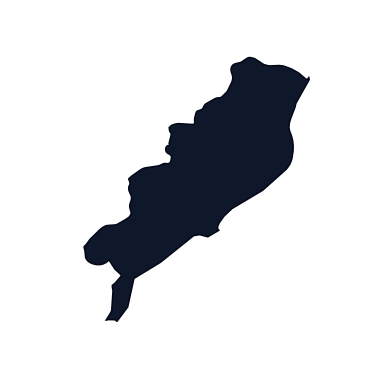 SVG path tracing the border of Western Darfur, rotated 20°
{"feature_id": "SDN-5858", "entity_name": "Western Darfur", "entity_type": "State", "adm_level": 1, "iso_a3": "SDN", "parent_name": "Sudan", "parent_adm1": "", "projection": "robinson", "projection_center": [22.739, 13.89], "detail": "fine", "context": "isolated", "style": "filled", "palette": "ink", "viewbox_px": 384, "rotation_deg": 20, "n_neighbors": 0, "source": "natural_earth", "source_scale": "10m", "svg_char_len": 2185}
<svg xmlns="http://www.w3.org/2000/svg" viewBox="0 0 384 384"><g transform="rotate(20 192 192)"><path d="M261.8,46.9L262.6,44.5L263.7,46.3L259.3,73.1L259.8,77.1L259.6,89.2L259.9,94.0L261.1,98.4L262.7,101.0L266.3,105.3L268.9,109.1L271.1,113.5L272.9,118.7L274.4,125.9L274.6,129.4L274.4,132.5L273.8,135.2L272.8,138.3L257.9,166.1L235.3,193.8L230.3,203.8L228.1,211.8L227.9,215.7L228.8,218.1L230.3,218.8L222.2,228.7L213.7,229.5L208.5,232.4L186.5,268.7L167.0,293.1L170.9,322.0L166.0,338.3L165.7,337.9L165.1,339.1L164.1,338.4L161.4,339.0L156.8,340.6L156.0,341.3L155.6,341.5L155.1,341.7L157.0,332.9L157.0,331.9L157.0,330.9L156.8,329.9L151.6,312.0L149.3,307.9L149.1,306.9L150.8,304.2L154.3,295.0L153.3,293.9L146.1,290.9L137.3,284.3L135.3,287.7L133.0,290.1L130.3,291.8L127.0,292.9L124.2,293.3L121.2,293.3L118.3,292.7L115.8,291.3L114.3,289.7L111.6,283.9L109.7,281.2L109.4,280.3L109.5,279.8L110.7,277.2L112.4,271.2L118.3,258.9L120.3,255.7L122.7,253.1L124.0,252.4L131.5,249.0L132.7,248.1L139.2,240.4L141.7,236.7L142.3,233.3L141.5,231.5L139.0,228.1L138.1,226.2L137.8,224.7L137.7,220.0L136.7,216.9L132.2,212.2L130.9,209.1L130.9,207.3L131.1,206.1L130.8,204.9L129.7,203.3L128.1,201.5L128.2,200.8L129.9,197.7L135.6,189.5L136.3,188.5L138.0,186.6L140.1,185.1L151.2,179.1L152.6,178.1L155.2,175.4L156.8,174.4L158.7,174.0L160.4,173.2L161.4,171.9L161.5,169.5L161.0,166.9L160.4,165.4L159.1,164.5L155.2,163.7L154.0,163.0L153.1,161.8L152.5,160.1L152.3,159.1L152.4,158.5L153.0,157.1L153.3,156.8L154.3,156.3L154.6,155.9L154.7,155.3L154.4,154.8L154.1,154.4L153.8,153.9L152.9,145.2L152.3,144.1L150.1,142.3L148.5,139.3L149.9,136.5L152.7,134.1L155.7,132.4L169.9,128.2L170.6,127.6L170.9,126.5L170.8,125.8L169.7,123.2L169.3,121.8L168.8,117.4L168.8,115.3L169.3,114.1L171.9,112.1L173.3,110.7L173.7,109.4L173.8,107.9L174.2,105.9L175.0,104.2L181.3,96.8L182.7,95.5L184.3,94.6L186.7,93.5L187.3,92.8L190.4,86.4L190.9,84.6L191.8,75.2L191.7,72.5L191.0,70.0L189.5,67.7L188.0,65.9L186.8,63.8L186.3,61.5L186.8,59.0L188.1,57.2L193.7,53.4L198.2,47.3L200.0,45.9L201.7,45.6L205.1,45.2L215.9,47.7L221.2,47.2L230.4,43.4L235.0,42.3L243.1,42.3L251.7,43.7L259.9,46.8L261.8,46.9Z" fill="#0f172a" stroke="#020617" stroke-width="1.5"/></g></svg>